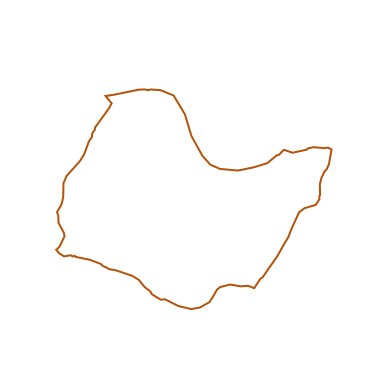 the district of San Andrés Itzapa, Chimaltenango, Guatemala, rotated 256°
{"feature_id": "79465075B72665543071269", "entity_name": "San Andrés Itzapa", "entity_type": "district", "adm_level": 2, "iso_a3": "GTM", "parent_name": "Guatemala", "parent_adm1": "Chimaltenango", "projection": "orthographic", "projection_center": [-90.866, 14.602], "detail": "fine", "context": "isolated", "style": "outline", "palette": "amber", "viewbox_px": 384, "rotation_deg": 256, "n_neighbors": 0, "source": "geoboundaries", "source_scale": "gbopen_adm2", "svg_char_len": 1277}
<svg xmlns="http://www.w3.org/2000/svg" viewBox="0 0 384 384"><g transform="rotate(256 192 192)"><path d="M199.6,337.7L202.2,334.5L202.5,331.2L206.1,320.6L206.3,315.1L205.3,313.5L205.8,299.0L210.1,292.4L210.6,291.0L207.0,285.3L207.1,283.2L201.8,272.0L201.0,258.3L201.7,241.8L207.6,224.8L214.1,216.4L224.8,210.8L246.5,205.0L269.1,203.9L290.1,197.5L298.4,186.1L301.4,177.0L301.5,173.6L302.9,171.3L304.2,164.9L305.2,140.9L306.0,131.4L297.5,135.5L293.2,131.6L278.0,113.5L275.8,112.7L273.2,109.5L269.3,108.0L266.3,104.4L254.8,96.6L249.1,90.7L238.0,74.3L231.6,69.4L217.9,65.7L211.5,62.4L205.2,56.2L201.1,56.5L194.5,55.0L183.3,57.8L179.9,57.6L170.7,49.9L168.8,46.3L164.5,48.4L160.5,52.3L160.0,59.0L158.3,60.7L158.5,62.8L157.3,63.2L150.9,76.6L143.9,86.5L142.4,87.0L136.9,93.5L134.9,98.4L125.2,113.6L119.5,119.2L111.1,123.1L105.9,127.3L102.5,128.3L95.0,135.7L94.5,139.8L84.7,151.1L78.6,162.9L78.0,171.8L80.9,182.1L84.8,186.5L91.2,192.6L92.9,196.3L93.0,206.6L88.7,216.3L87.5,223.7L83.6,229.1L89.9,235.8L91.6,238.0L92.0,239.8L99.2,247.8L108.8,259.0L118.5,268.1L124.8,274.4L132.4,279.8L146.5,291.1L149.1,297.3L149.6,309.0L154.2,313.9L157.1,314.5L157.8,315.5L168.5,317.9L174.2,320.9L180.0,325.7L181.8,328.5L185.9,331.6L199.6,337.7Z" fill="none" stroke="#b45309" stroke-width="2"/></g></svg>